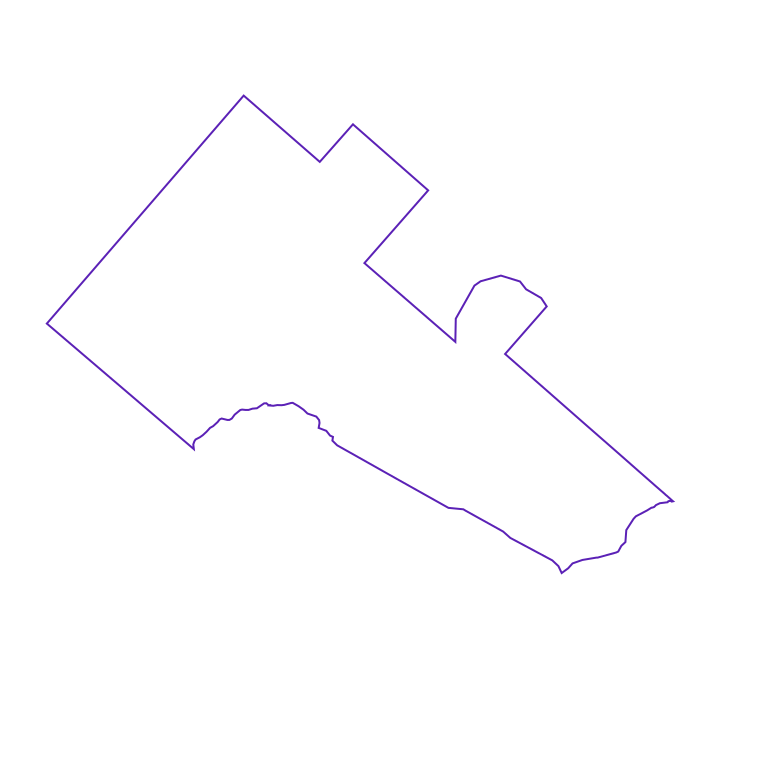 Lake of the Woods, Minnesota, United States of America, rotated 131°
{"feature_id": "52423323B31112987754605", "entity_name": "Lake of the Woods", "entity_type": "district", "adm_level": 2, "iso_a3": "USA", "parent_name": "United States of America", "parent_adm1": "Minnesota", "projection": "albers", "projection_center": [-94.86, 48.875], "detail": "fine", "context": "isolated", "style": "outline", "palette": "violet", "viewbox_px": 768, "rotation_deg": 131, "n_neighbors": 0, "source": "geoboundaries", "source_scale": "gbopen_adm2", "svg_char_len": 1446}
<svg xmlns="http://www.w3.org/2000/svg" viewBox="0 0 768 768"><g transform="rotate(131 384 384)"><path d="M559.6,678.1L557.9,484.8L554.7,488.3L551.7,489.5L549.5,489.8L544.9,488.0L541.6,487.2L536.4,486.6L531.2,486.5L527.9,485.3L521.8,484.6L518.6,484.8L516.6,483.9L513.8,478.5L512.5,477.1L509.9,476.2L505.1,476.6L497.9,475.4L496.4,474.3L494.5,471.6L492.4,469.2L488.9,467.1L485.7,464.0L477.3,461.8L475.7,460.1L475.7,457.3L475.2,456.7L475.6,456.7L473.1,453.3L469.9,450.7L467.2,447.4L465.1,445.5L459.3,441.7L458.1,440.5L456.8,433.9L456.2,427.9L456.5,422.4L453.0,413.7L453.8,409.3L455.7,407.1L460.0,404.5L457.2,396.8L458.3,391.0L458.3,390.8L457.4,387.8L460.6,385.8L461.0,379.4L461.0,379.1L447.2,311.9L435.2,254.1L426.5,241.9L426.1,239.4L417.2,197.3L417.3,187.7L406.7,141.3L407.0,132.9L410.1,125.9L402.3,124.1L395.7,124.0L386.6,118.8L375.8,109.9L374.9,108.9L358.8,98.2L356.8,97.3L350.4,98.7L344.9,98.1L335.3,105.3L322.0,107.2L318.6,107.1L306.8,102.5L301.9,101.0L301.0,100.2L299.4,99.4L297.0,99.3L293.0,97.6L287.2,92.4L285.9,92.5L284.2,91.1L284.0,89.7L282.9,88.9L282.9,89.7L282.8,97.8L282.9,98.6L282.8,99.6L282.8,106.3L282.8,112.5L282.7,132.4L282.7,132.9L282.7,133.3L282.7,134.5L282.5,166.8L282.4,204.5L281.9,312.3L218.7,312.1L216.0,321.8L219.3,338.9L217.4,348.6L225.5,366.9L243.1,378.5L250.4,380.3L287.6,372.7L305.4,357.8L305.6,478.1L208.9,477.7L208.4,577.8L258.5,578.2L258.4,679.1L559.6,678.1Z" fill="none" stroke="#5b21b6" stroke-width="2"/></g></svg>